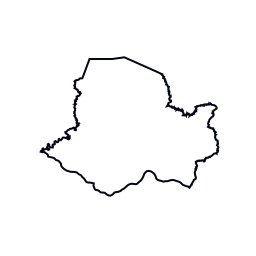 outline of Cimitarra, Santander, Colombia, rotated 248°
{"feature_id": "7082276B77867476816808", "entity_name": "Cimitarra", "entity_type": "district", "adm_level": 2, "iso_a3": "COL", "parent_name": "Colombia", "parent_adm1": "Santander", "projection": "robinson", "projection_center": [-74.255, 6.422], "detail": "fine", "context": "isolated", "style": "outline", "palette": "ink", "viewbox_px": 256, "rotation_deg": 248, "n_neighbors": 0, "source": "geoboundaries", "source_scale": "gbopen_adm2", "svg_char_len": 5807}
<svg xmlns="http://www.w3.org/2000/svg" viewBox="0 0 256 256"><g transform="rotate(248 128 128)"><path d="M49.6,162.6L51.4,165.1L51.4,165.8L51.6,165.9L51.8,165.5L54.7,169.3L55.2,169.6L55.5,171.6L55.8,172.0L57.1,172.5L59.6,172.6L60.1,173.0L61.4,173.1L62.9,174.1L63.8,175.4L64.7,175.1L65.2,176.4L66.2,176.3L66.2,177.0L66.7,177.8L67.5,178.0L70.0,177.7L70.6,178.0L70.9,178.8L71.3,178.6L71.6,180.3L71.2,180.9L71.2,181.5L70.7,181.7L70.9,182.5L70.1,183.8L70.4,184.2L70.0,185.3L69.8,185.8L68.6,185.7L68.4,186.1L68.5,186.8L70.6,188.0L70.5,188.7L71.1,189.2L70.6,189.7L70.9,190.1L70.4,191.3L70.7,191.7L70.3,193.0L70.5,193.7L70.8,193.6L70.7,194.7L71.9,198.1L71.7,200.3L71.2,200.6L71.8,200.8L72.0,201.6L72.4,201.8L72.4,202.4L72.9,202.7L72.9,202.3L73.3,202.3L73.4,202.7L74.1,202.4L74.7,202.8L74.6,203.1L75.2,203.1L75.5,203.9L76.2,204.6L78.2,204.4L78.6,204.0L79.2,204.6L79.4,205.4L80.1,205.8L80.7,205.5L82.0,206.3L82.3,206.0L83.0,206.2L84.2,205.0L85.5,205.3L86.0,205.1L87.7,205.6L88.0,206.1L88.8,206.3L88.9,206.8L89.3,206.4L90.6,206.8L91.0,207.6L91.4,207.2L91.7,207.5L92.2,207.3L92.3,206.9L93.1,206.5L94.2,207.0L95.8,206.8L95.8,206.0L96.3,205.8L96.5,205.0L97.4,204.6L97.5,204.0L98.2,203.7L98.4,203.1L98.8,203.0L99.1,202.6L100.5,204.2L101.8,203.8L103.3,204.7L103.5,205.5L104.9,206.2L105.4,207.0L106.5,209.2L107.0,211.1L107.6,212.0L108.8,212.6L110.0,211.6L110.8,212.3L110.7,212.7L111.5,212.8L111.4,213.3L112.1,213.8L112.8,217.4L113.5,217.8L114.8,217.8L116.7,216.7L118.3,214.1L119.0,213.6L119.3,213.6L119.3,213.9L120.0,213.6L120.0,213.1L119.7,213.0L119.5,212.4L120.2,212.3L119.7,211.9L120.1,211.2L119.7,210.8L120.1,210.2L120.0,209.6L120.7,209.4L120.8,208.4L120.3,207.5L120.7,207.4L120.3,207.1L120.4,206.6L120.9,206.6L120.8,205.8L121.4,205.6L121.6,204.9L121.4,203.9L121.8,203.7L121.5,203.2L122.1,202.1L122.0,201.0L122.4,200.2L121.8,199.7L122.2,199.3L122.2,198.9L121.5,198.8L121.7,198.4L121.2,198.5L121.1,198.0L121.0,198.5L119.9,198.2L119.5,198.4L119.0,197.7L119.4,197.5L119.2,197.1L118.7,197.1L119.0,196.8L118.8,196.4L118.3,196.9L118.2,195.9L117.8,195.9L117.6,194.9L117.1,194.8L117.1,193.6L116.4,194.0L116.4,193.3L116.7,193.0L116.1,192.5L116.5,191.8L116.3,190.9L116.8,190.7L116.5,190.0L116.9,190.3L117.4,189.7L118.1,189.8L118.1,189.2L118.8,189.2L119.2,188.8L119.1,188.5L119.7,188.3L118.0,187.1L118.1,186.7L117.7,186.5L118.6,186.2L118.3,185.6L119.2,183.7L119.9,184.8L120.8,185.1L121.2,184.8L122.6,185.0L123.0,184.6L123.4,185.0L123.6,184.4L124.1,185.1L124.9,185.1L125.1,184.4L124.9,182.8L125.2,182.2L125.7,182.7L126.1,182.1L126.9,182.1L126.8,181.1L126.3,180.8L126.5,180.4L126.9,180.6L126.7,179.9L127.3,180.3L127.3,179.2L127.7,180.0L127.9,179.1L128.2,179.5L129.0,179.0L129.6,177.9L130.2,178.2L130.0,177.1L130.5,176.0L130.5,177.0L130.9,176.4L131.5,176.7L131.8,176.4L131.7,175.8L132.4,174.9L133.4,174.5L133.6,172.4L134.9,174.1L136.1,174.9L136.1,177.4L136.5,178.0L137.3,178.2L138.4,177.1L139.5,177.1L140.0,177.3L140.9,179.3L141.9,179.6L141.9,179.1L142.5,178.7L143.6,178.6L144.3,179.1L144.8,178.8L145.6,179.2L145.8,179.7L146.3,179.4L146.4,179.8L147.0,179.7L147.0,180.0L148.5,179.8L148.6,180.1L149.4,180.2L150.7,181.3L151.2,180.5L153.2,180.5L153.9,180.1L154.1,179.7L155.1,180.4L156.2,180.5L157.0,180.0L157.6,180.3L157.6,179.9L159.9,180.5L160.9,179.5L161.6,180.3L162.0,179.7L162.3,179.8L162.5,180.4L164.2,179.5L165.0,180.0L166.1,178.5L166.5,178.5L194.9,151.1L197.9,139.2L206.4,118.2L191.4,104.5L191.3,103.6L191.8,102.7L191.9,101.6L191.4,100.7L191.3,99.4L191.6,98.6L191.4,97.9L191.8,97.3L191.3,95.9L189.9,96.1L189.9,95.9L188.4,95.4L187.6,94.1L187.1,94.1L186.7,94.6L186.3,94.5L186.4,94.1L185.5,94.0L184.9,93.4L184.1,94.3L183.2,94.6L182.7,95.4L180.9,95.3L181.1,95.7L179.9,95.8L180.0,96.0L179.2,97.0L178.6,97.0L178.7,96.6L178.2,96.4L178.0,97.1L177.8,97.1L177.7,96.6L177.2,96.3L177.2,96.0L177.0,95.8L176.3,95.1L176.3,93.8L176.6,93.4L176.4,92.7L176.1,92.5L176.2,92.1L175.4,92.0L175.0,91.5L174.3,91.8L173.8,91.6L173.4,90.5L173.8,90.6L173.9,90.2L173.2,89.5L173.3,89.0L172.6,88.8L172.1,89.2L172.0,88.7L170.9,88.1L169.9,88.4L169.9,88.0L169.6,88.4L169.1,87.3L167.0,85.9L165.8,86.4L163.8,85.2L163.1,84.2L162.5,84.3L162.1,83.8L161.9,84.0L159.5,83.7L159.5,83.0L159.1,82.8L157.3,83.4L156.4,83.0L155.9,83.7L154.9,83.7L154.6,83.1L153.9,83.6L152.7,82.6L152.1,82.9L152.2,82.3L151.3,82.2L150.7,82.9L150.6,83.5L150.1,82.9L150.0,83.2L149.8,82.7L149.6,83.2L149.1,83.2L147.9,79.5L147.1,79.2L145.9,79.2L145.5,78.7L146.1,77.8L148.2,78.4L148.7,77.9L148.5,75.2L149.0,73.8L148.5,72.7L148.5,71.1L147.5,69.6L147.7,68.4L146.4,68.2L144.0,70.0L142.3,69.1L142.2,70.8L140.3,70.1L139.7,69.0L139.8,68.5L140.4,67.9L141.9,68.8L142.4,68.4L142.0,66.6L143.2,65.0L143.5,64.0L142.1,61.9L141.9,61.0L142.3,60.4L143.5,60.2L143.6,59.6L141.7,58.4L141.2,57.8L141.4,56.8L143.0,55.9L142.9,54.8L142.1,54.3L140.7,54.3L140.3,53.8L140.8,52.2L140.4,51.6L138.7,51.4L138.2,51.0L138.9,49.2L139.7,48.4L140.7,48.2L142.2,48.7L143.1,48.2L142.9,47.5L141.7,47.1L140.6,45.8L139.3,46.0L138.1,47.1L137.6,46.9L137.6,45.8L139.4,44.9L139.3,42.4L140.1,41.8L140.9,41.7L141.0,41.3L140.8,41.0L139.5,40.8L139.6,39.3L138.7,38.2L137.7,39.4L137.5,41.0L133.5,43.6L131.4,43.3L128.0,48.1L125.2,49.3L123.6,51.3L120.2,52.5L118.4,51.9L116.8,52.1L114.4,53.1L111.6,55.0L108.9,58.4L107.2,62.2L105.9,63.9L103.5,65.1L102.3,66.4L101.4,66.9L99.7,67.2L97.7,68.3L93.5,69.2L92.3,70.6L91.7,72.3L89.5,75.5L87.2,74.3L83.7,74.3L83.0,74.6L81.1,77.2L78.6,78.5L76.7,82.1L74.1,83.6L72.4,85.1L71.9,86.4L71.9,87.6L72.2,89.1L73.3,91.3L72.5,95.2L72.4,97.5L73.0,98.9L73.4,101.8L75.1,106.7L75.3,108.2L74.9,110.7L72.9,114.3L72.9,115.7L73.9,118.1L74.6,120.5L76.5,123.2L79.7,126.3L80.9,129.1L80.7,130.5L79.9,132.1L78.7,133.4L76.1,135.1L73.1,135.5L70.4,135.3L68.6,136.2L64.9,141.0L64.6,142.9L63.9,144.7L63.5,148.8L62.6,150.9L59.0,155.2L57.7,156.3L54.9,157.5L52.2,160.2L51.4,161.7L49.6,162.6Z" fill="none" stroke="#020617" stroke-width="2"/></g></svg>